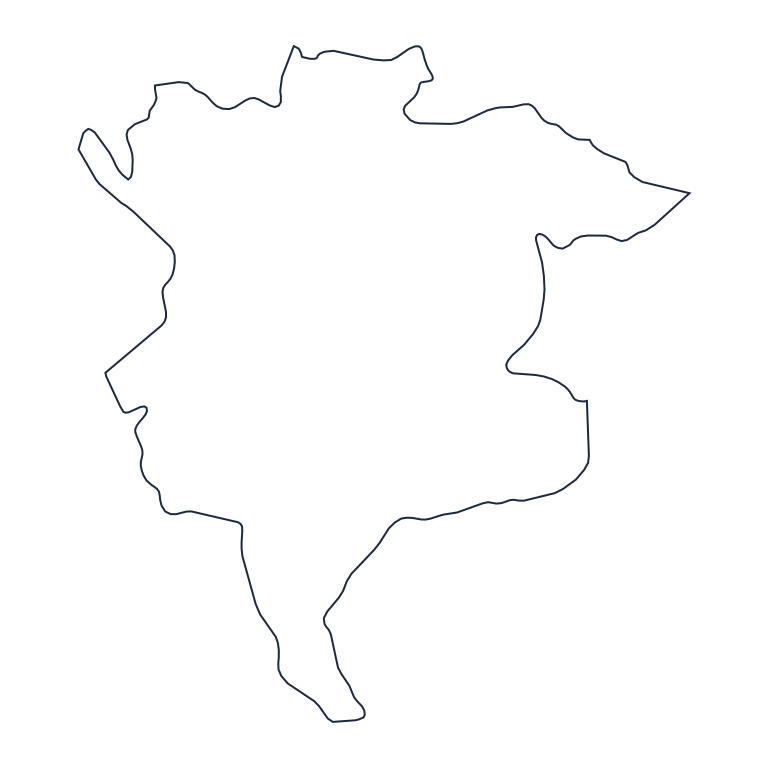 the border of M'Sila
{"feature_id": "DZA-2214", "entity_name": "M'Sila", "entity_type": "Province", "adm_level": 1, "iso_a3": "DZA", "parent_name": "Algeria", "parent_adm1": "", "projection": "orthographic", "projection_center": [4.266, 35.131], "detail": "fine", "context": "isolated", "style": "outline", "palette": "slate", "viewbox_px": 768, "rotation_deg": 0, "n_neighbors": 0, "source": "natural_earth", "source_scale": "10m", "svg_char_len": 3783}
<svg xmlns="http://www.w3.org/2000/svg" viewBox="0 0 768 768"><path d="M589.7,139.9L591.5,143.3L593.2,145.6L597.4,149.2L604.1,153.4L625.4,161.9L627.2,164.7L629.5,172.4L634.2,177.1L642.5,182.0L689.5,193.2L654.6,224.8L645.7,230.4L638.1,232.9L627.0,240.0L621.5,241.1L616.4,239.4L611.6,237.1L606.1,235.7L587.9,235.5L580.8,236.5L575.9,238.7L573.4,240.4L570.8,243.8L569.7,245.0L562.6,248.6L558.1,247.9L554.3,246.0L553.0,244.9L547.3,238.2L544.7,236.0L542.1,234.5L539.2,233.9L537.1,235.0L536.0,237.3L536.1,240.4L542.1,262.7L543.9,276.3L544.5,289.7L543.7,299.6L540.3,319.8L538.1,326.0L533.2,333.8L524.2,344.7L512.6,354.9L507.9,360.7L506.2,364.8L506.8,367.8L507.9,370.0L509.9,371.9L512.9,373.3L535.8,375.0L544.0,376.5L551.8,379.0L558.4,382.2L565.1,386.7L567.6,389.1L569.8,391.8L573.5,398.0L574.9,399.4L576.3,400.2L579.2,401.1L584.0,401.5L586.9,400.9L588.9,455.8L588.1,462.8L584.2,469.8L575.9,479.6L563.1,488.9L554.9,493.1L523.9,500.7L518.8,500.6L513.7,499.8L509.9,500.2L501.5,503.1L496.5,503.6L488.2,502.2L483.4,503.1L457.0,512.5L442.9,514.7L430.2,518.7L425.4,519.6L421.4,519.5L412.3,517.9L406.8,517.7L401.2,518.6L394.8,522.5L388.8,528.4L379.7,542.8L374.1,549.9L351.3,573.9L346.8,581.3L343.1,590.9L338.9,597.6L327.3,611.5L323.8,618.1L324.5,623.9L326.4,627.1L328.9,630.0L330.8,634.2L338.0,667.6L341.7,674.5L349.3,685.6L354.1,697.3L357.6,701.7L361.9,706.2L364.2,710.3L364.8,714.6L363.6,717.4L358.9,719.4L355.2,720.3L332.8,721.9L327.8,718.5L319.1,706.2L314.4,701.3L287.7,683.4L281.3,676.0L278.5,669.4L278.3,663.6L278.8,656.7L278.8,649.9L277.9,643.0L275.8,636.9L260.3,614.7L255.7,604.1L242.4,556.1L241.6,548.8L241.6,542.2L242.3,530.6L242.0,526.3L240.4,523.8L237.9,522.2L191.3,511.4L186.3,511.6L176.1,514.2L170.6,514.1L165.3,511.5L161.6,505.7L160.2,500.1L159.7,495.3L158.9,491.6L156.9,488.8L151.1,484.6L146.5,480.5L143.4,475.2L141.7,470.4L140.8,465.7L140.9,461.7L142.5,454.2L142.3,450.1L141.0,446.1L136.9,436.7L135.5,432.5L135.3,431.8L135.2,430.5L135.5,428.5L137.0,425.3L139.7,421.6L142.8,418.1L145.5,414.5L147.0,411.1L146.5,407.7L144.4,406.4L140.4,407.0L129.0,412.2L125.7,412.7L123.4,411.9L120.3,406.6L106.3,376.6L105.4,372.8L161.6,325.4L164.5,321.7L166.0,317.4L166.0,312.0L163.1,297.7L162.5,291.9L163.2,288.1L165.2,284.8L167.9,281.9L170.4,278.8L172.6,274.3L174.1,268.3L174.8,262.1L174.5,255.1L172.7,250.2L169.8,246.3L133.2,211.5L126.0,205.8L121.4,203.0L99.6,184.2L95.8,179.4L78.5,149.4L83.2,133.4L85.2,131.1L88.3,128.9L91.2,129.9L94.8,132.5L109.2,152.3L113.0,159.2L115.9,165.7L118.8,170.5L122.3,174.6L128.2,179.5L130.8,177.1L132.2,172.2L132.7,159.9L132.2,154.1L130.8,148.9L127.4,139.8L126.6,134.4L127.9,130.0L134.9,124.2L146.8,119.5L148.7,117.6L149.7,110.8L153.9,104.9L155.5,101.4L156.5,98.0L155.1,90.0L154.9,85.5L178.7,82.1L187.5,83.0L188.8,83.8L194.9,89.7L198.4,91.5L202.3,93.1L205.7,95.1L208.7,98.0L212.1,102.1L216.6,106.1L222.5,108.7L229.2,109.1L235.1,107.1L245.3,100.5L250.0,98.4L254.1,98.0L258.2,99.2L269.7,105.4L274.8,107.1L278.7,105.6L280.8,102.2L280.9,96.4L280.2,91.1L282.0,76.9L293.8,46.1L298.6,48.6L299.9,50.7L301.0,53.1L301.8,56.5L302.2,57.0L309.6,58.7L313.7,58.9L315.9,58.5L317.1,57.5L317.4,57.1L317.9,55.5L320.0,53.6L324.2,51.8L333.5,50.8L373.3,59.5L383.5,60.4L391.2,60.0L397.4,56.9L408.8,48.9L414.9,46.4L418.5,46.3L420.4,47.3L421.9,49.7L422.8,52.3L424.5,58.8L426.8,65.7L428.3,69.0L431.3,73.8L432.5,76.4L432.8,78.7L431.6,80.3L428.3,81.3L422.2,82.1L420.6,82.9L419.7,84.2L418.2,90.1L416.6,93.9L414.0,97.5L404.9,106.0L403.7,109.8L404.6,113.8L410.3,120.1L414.9,122.4L419.9,123.3L450.9,123.9L457.3,123.2L463.7,121.4L487.2,110.5L496.1,108.0L500.5,107.4L512.6,106.9L523.5,104.4L528.6,104.2L531.8,105.6L534.7,108.2L541.6,118.0L544.2,120.6L548.0,122.9L551.5,123.9L556.2,124.7L559.2,126.4L565.8,132.9L572.9,137.4L578.1,139.4L589.7,139.9Z" fill="none" stroke="#1e293b" stroke-width="2"/></svg>